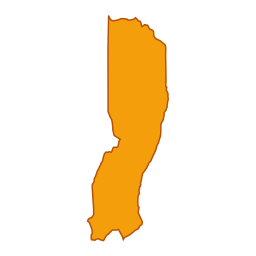 Barva, Heredia, Costa Rica (Equal Earth projection)
{"feature_id": "36466004B93518789602304", "entity_name": "Barva", "entity_type": "district", "adm_level": 2, "iso_a3": "CRI", "parent_name": "Costa Rica", "parent_adm1": "Heredia", "projection": "equal_earth", "projection_center": [-84.115, 10.073], "detail": "fine", "context": "isolated", "style": "filled", "palette": "amber", "viewbox_px": 256, "rotation_deg": 0, "n_neighbors": 0, "source": "geoboundaries", "source_scale": "gbopen_adm2", "svg_char_len": 5668}
<svg xmlns="http://www.w3.org/2000/svg" viewBox="0 0 256 256"><path d="M165.4,45.1L160.5,41.0L158.4,39.9L157.0,39.3L156.5,39.0L156.3,39.0L154.8,37.6L154.7,37.4L154.4,37.1L153.9,36.0L153.9,35.5L153.7,34.8L153.7,33.1L153.5,32.0L153.4,31.8L153.4,31.5L153.1,31.0L152.9,30.8L152.8,30.6L152.6,30.5L152.2,30.3L152.1,30.0L151.8,29.9L151.5,29.6L150.8,29.5L150.7,29.4L150.3,29.4L149.7,29.0L149.0,28.0L148.9,27.8L148.6,27.4L148.6,27.2L148.1,26.2L147.8,25.5L147.6,25.2L146.5,25.2L146.3,25.1L145.9,25.1L145.5,24.7L144.5,24.7L144.4,24.9L142.9,26.0L142.7,26.2L142.1,26.5L141.8,26.6L141.4,25.2L141.4,24.7L141.3,24.3L141.1,23.7L140.7,22.2L140.1,21.3L139.9,21.1L138.6,21.1L138.3,20.9L137.8,20.3L137.7,20.0L137.4,19.8L136.7,18.7L135.4,17.7L135.1,18.0L134.4,18.8L133.8,19.2L133.4,19.2L132.7,19.5L132.3,19.5L132.0,19.7L131.7,19.7L131.4,19.9L130.8,20.0L130.5,20.1L128.0,20.1L128.0,19.9L127.8,19.8L127.7,19.6L127.3,19.3L127.1,19.3L126.6,19.1L126.0,19.1L125.1,18.8L123.4,18.8L123.1,18.7L121.2,18.7L120.7,18.9L120.3,19.0L120.0,19.2L119.8,19.2L118.8,19.7L118.0,19.8L117.5,20.1L116.4,20.4L115.1,20.5L114.0,20.7L112.5,20.7L112.0,20.5L111.2,20.0L111.0,19.9L110.8,19.6L110.6,19.6L110.4,19.2L109.2,17.3L108.9,16.2L108.6,15.6L108.6,15.4L108.0,50.2L108.1,111.8L109.9,116.2L109.9,116.5L110.1,116.8L110.7,118.1L110.9,118.2L111.3,119.1L111.5,119.4L111.8,120.2L112.3,122.8L112.3,123.3L112.4,123.9L112.6,125.5L112.6,126.1L112.7,126.5L112.8,129.2L113.0,130.7L113.4,132.1L113.5,132.7L113.7,133.4L113.7,133.7L114.0,135.0L114.4,135.6L120.3,139.4L119.4,140.3L118.8,141.9L118.6,142.6L118.6,143.3L118.5,143.7L118.5,144.0L118.0,146.3L117.8,146.6L117.3,147.1L116.8,147.3L113.6,147.3L113.2,147.7L112.9,148.5L112.3,150.1L112.2,150.2L111.8,151.5L111.3,152.2L110.7,152.2L109.8,151.8L109.2,151.7L108.7,151.9L108.3,152.2L107.6,152.3L107.1,152.3L106.7,152.1L106.0,152.1L105.2,152.9L104.7,153.6L104.1,154.8L103.9,155.4L103.2,157.8L103.2,158.1L103.1,158.4L103.1,158.8L102.7,160.3L102.4,161.1L101.9,162.1L101.4,162.9L101.1,163.7L100.8,163.7L100.8,163.8L100.5,165.0L100.1,165.8L99.8,166.1L99.4,166.9L99.1,167.8L98.7,168.4L98.1,169.8L97.2,171.3L96.8,172.8L95.7,175.7L95.7,175.8L95.5,176.2L94.9,177.6L94.7,177.9L94.5,178.4L94.4,178.5L94.3,178.9L94.2,180.1L94.2,180.9L94.0,181.4L93.9,181.8L93.8,182.0L93.7,182.1L93.1,183.3L92.8,183.7L92.4,184.5L92.3,185.0L92.2,185.8L92.3,188.8L93.6,208.2L93.7,214.7L93.1,215.6L92.4,216.7L92.0,217.1L91.6,217.3L91.3,217.8L90.6,217.9L89.9,218.1L88.5,219.1L88.3,219.3L88.0,219.9L87.7,221.3L88.2,221.5L88.6,221.9L88.8,221.9L89.4,222.8L90.4,225.1L90.7,226.1L91.1,227.0L91.2,227.6L91.3,227.7L91.6,228.4L91.9,229.4L92.0,230.0L92.1,231.4L92.2,232.2L92.2,233.0L92.1,233.9L92.0,234.0L91.9,234.2L91.3,234.7L91.2,235.4L91.2,237.9L91.3,238.5L91.3,239.3L91.5,239.6L91.7,239.8L91.9,239.9L92.6,239.9L92.8,239.7L93.3,239.6L94.1,240.2L94.4,240.2L94.8,240.1L95.1,240.1L95.6,239.8L95.9,239.4L97.0,239.0L97.5,239.0L97.5,238.9L98.5,238.9L99.4,239.1L100.0,239.7L100.7,239.9L101.3,240.0L103.4,240.6L103.8,240.1L104.3,239.3L104.7,238.4L104.7,238.2L104.9,238.0L105.4,237.1L105.9,236.5L106.1,236.0L106.5,235.6L107.3,234.7L108.6,234.0L109.3,233.2L109.6,232.7L109.9,232.3L110.4,232.0L110.7,231.9L111.2,231.1L112.0,230.4L112.6,230.0L113.1,230.0L115.8,230.1L116.2,230.0L118.6,229.6L122.6,237.0L123.3,239.5L123.6,239.0L123.7,238.9L124.1,238.2L124.2,237.7L124.5,237.4L125.9,236.8L127.0,236.1L127.4,236.1L128.2,235.6L128.8,235.4L129.0,235.1L129.7,234.8L130.6,234.2L131.0,233.9L131.8,233.2L132.0,233.1L132.2,232.9L135.0,230.4L138.2,228.8L139.1,227.6L139.2,227.1L139.4,226.9L139.8,225.9L140.9,225.2L141.9,224.4L142.3,222.9L142.2,222.6L142.2,221.8L142.1,221.4L141.9,220.9L141.8,220.5L141.5,220.1L141.3,219.4L140.9,218.8L140.9,218.6L140.5,217.8L140.3,217.5L140.0,216.8L140.0,216.7L139.8,216.4L139.4,215.1L139.0,214.5L138.9,214.2L138.5,213.3L138.1,212.3L138.6,209.9L138.9,208.2L139.0,207.3L138.8,207.0L138.2,206.2L137.9,205.1L137.9,204.2L137.8,203.4L137.8,199.3L137.9,198.7L138.0,197.3L138.2,195.9L138.7,194.7L139.4,193.7L139.3,192.7L139.1,191.9L139.1,190.8L139.0,190.4L139.0,189.7L139.4,189.4L139.6,186.9L139.6,186.6L140.1,186.5L140.3,186.3L140.5,185.6L140.7,185.0L140.6,182.1L140.8,181.7L141.2,181.1L141.4,180.2L141.4,179.7L141.6,178.5L141.7,177.3L142.2,175.6L142.2,175.1L142.6,173.7L143.0,172.9L145.2,170.2L145.6,169.2L146.0,168.8L146.5,168.1L146.9,167.6L147.4,166.0L147.6,165.6L148.1,165.2L148.3,164.8L148.7,163.5L149.2,162.5L149.6,162.1L150.5,161.6L150.9,160.3L151.1,160.3L152.7,156.6L152.8,156.4L153.1,155.5L153.3,155.3L153.6,154.5L153.9,154.0L153.9,153.8L154.5,152.8L154.6,152.4L155.0,151.6L155.0,151.4L155.2,151.1L155.3,150.7L155.5,150.5L155.7,150.0L156.0,149.5L156.1,148.6L156.3,147.9L156.3,147.7L156.4,147.3L156.7,146.5L156.7,146.2L157.0,145.4L157.4,144.8L157.8,143.8L158.5,142.7L158.6,142.4L158.6,142.1L158.8,141.8L158.9,140.9L159.1,140.5L159.2,139.8L159.4,139.2L159.5,139.0L159.8,138.3L159.9,138.0L160.1,136.9L160.3,136.6L160.3,136.1L160.5,135.7L160.5,135.4L160.6,134.8L160.7,134.6L160.7,132.9L160.8,132.4L160.8,128.2L160.9,127.7L160.9,125.0L161.0,124.9L161.0,124.1L161.6,122.4L162.6,121.3L163.3,119.3L163.6,117.9L163.7,117.0L163.7,116.9L163.8,116.4L164.0,115.8L164.0,115.4L164.1,115.0L164.1,113.2L164.2,112.5L164.4,112.2L164.7,111.9L165.9,110.2L166.2,109.6L166.3,108.9L166.5,108.3L166.9,107.6L167.1,107.0L167.1,105.7L167.3,104.5L167.6,102.0L167.8,101.2L168.2,99.2L168.3,98.9L168.0,97.8L168.0,96.8L167.9,96.0L167.9,95.6L168.0,95.4L168.0,94.1L167.8,93.0L167.5,92.7L167.3,91.9L166.7,90.7L166.5,90.2L166.4,89.6L166.4,88.8L166.7,87.7L166.8,87.2L166.5,86.8L166.0,86.6L165.8,86.5L165.7,86.1L166.0,80.3L165.6,55.4L165.6,53.8L165.7,53.3L165.7,48.1L165.4,45.8L165.4,45.1Z" fill="#f59e0b" stroke="#b45309" stroke-width="1.5"/></svg>